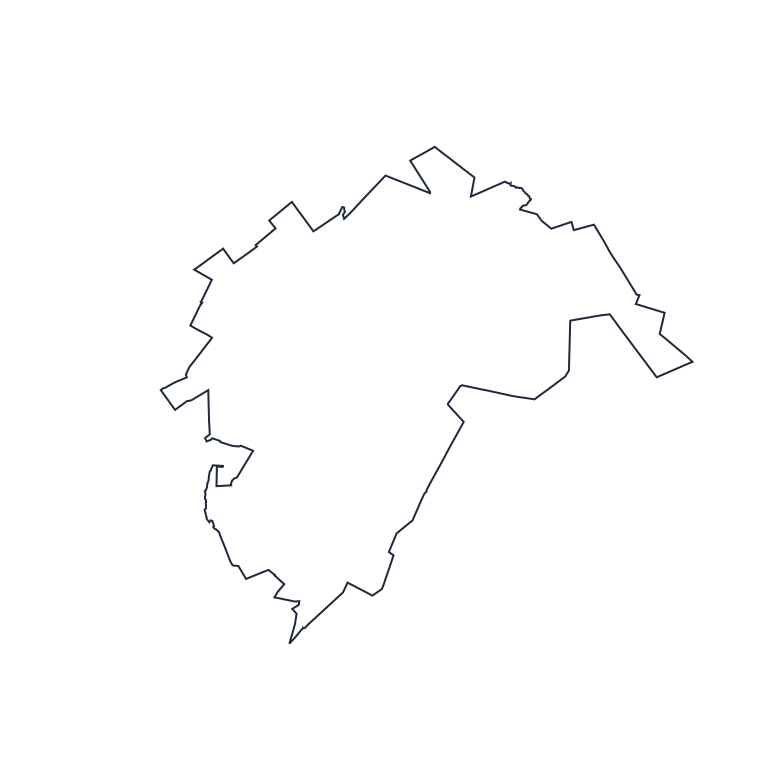 Carbó, Sonora, Mexico, rotated 131°
{"feature_id": "50627088B75873574632093", "entity_name": "Carbó", "entity_type": "district", "adm_level": 2, "iso_a3": "MEX", "parent_name": "Mexico", "parent_adm1": "Sonora", "projection": "mercator", "projection_center": [-111.077, 29.739], "detail": "fine", "context": "isolated", "style": "outline", "palette": "slate", "viewbox_px": 768, "rotation_deg": 131, "n_neighbors": 0, "source": "geoboundaries", "source_scale": "gbopen_adm2", "svg_char_len": 5734}
<svg xmlns="http://www.w3.org/2000/svg" viewBox="0 0 768 768"><g transform="rotate(131 384 384)"><path d="M642.0,285.1L632.8,284.8L623.0,285.1L622.6,285.0L622.0,284.9L621.7,284.9L621.3,285.1L621.4,284.6L621.2,284.4L620.9,284.3L620.5,284.3L620.3,284.2L620.2,284.0L620.0,283.8L619.8,283.6L615.4,283.5L568.2,278.2L564.3,279.3L557.8,281.2L557.1,278.2L556.9,277.2L556.8,276.9L556.1,274.5L556.1,274.3L554.9,268.9L552.9,260.7L551.3,253.9L540.3,251.1L537.4,252.0L533.8,253.4L529.3,255.3L519.6,259.2L507.1,264.4L507.6,270.1L488.3,276.5L477.6,274.6L470.7,273.4L468.4,272.9L446.9,279.7L441.3,281.3L441.1,281.4L440.2,281.5L438.2,281.6L437.9,281.6L437.6,281.3L435.2,282.5L429.4,283.9L421.1,285.7L416.8,286.6L412.6,287.5L406.1,288.9L400.8,290.1L392.3,292.1L385.5,293.6L382.9,294.2L377.0,295.4L369.1,297.1L360.3,299.0L358.0,319.1L357.7,321.4L357.7,321.9L357.4,322.5L357.2,322.7L356.7,322.8L356.4,322.9L355.9,322.9L354.5,323.1L351.4,323.4L345.2,324.0L336.8,324.9L335.4,325.1L334.7,324.7L333.8,324.3L323.3,305.5L321.6,302.6L320.6,300.8L319.5,298.8L319.4,298.6L315.8,292.0L309.9,281.2L308.3,278.4L305.1,273.2L302.7,269.6L296.8,260.3L293.5,259.6L278.3,256.2L259.4,252.1L257.8,252.4L252.4,253.3L246.8,258.0L225.9,275.2L214.0,285.0L203.3,276.3L199.1,272.8L196.3,270.7L188.7,264.3L187.6,263.3L183.3,259.3L188.3,237.1L189.8,229.8L194.4,208.7L197.0,196.5L198.1,191.5L199.1,186.8L199.3,186.0L200.0,182.5L196.9,181.1L171.4,168.9L164.9,165.7L164.6,174.5L164.9,190.2L165.0,197.8L165.3,208.8L157.3,213.0L146.2,218.9L158.4,246.4L149.3,249.5L150.8,251.9L141.2,282.2L138.5,292.5L136.5,299.5L132.6,309.9L127.0,327.0L126.0,330.1L143.3,341.7L138.7,348.9L157.0,359.6L157.4,372.1L156.2,377.2L155.9,378.4L155.6,380.1L163.1,395.8L162.7,396.0L162.1,396.3L161.6,396.3L161.2,396.1L160.6,396.2L160.1,396.1L159.5,396.2L159.1,396.1L158.5,396.2L158.1,396.1L157.8,395.7L157.4,395.2L156.9,394.9L156.4,394.6L155.5,394.1L154.8,394.0L153.9,394.0L153.0,394.1L152.6,394.2L152.1,394.3L151.7,394.4L151.0,394.4L150.0,394.2L149.1,394.0L148.1,394.4L148.4,394.8L148.4,395.0L148.4,395.3L148.4,395.5L148.1,396.0L147.7,396.6L147.5,397.1L147.4,397.3L147.2,397.4L147.1,397.5L147.1,397.8L147.4,398.7L147.4,398.9L147.1,399.5L146.9,400.0L146.9,400.6L147.0,401.0L147.2,402.0L147.1,402.8L146.9,403.8L146.8,404.3L146.9,405.0L146.8,405.4L146.5,406.0L146.3,406.5L146.2,407.0L146.0,408.0L146.1,408.4L146.1,409.3L146.4,409.7L146.9,410.1L147.1,410.1L147.3,410.2L147.5,410.6L147.5,411.0L148.4,412.8L149.0,413.0L149.3,413.4L149.2,413.5L149.0,413.8L149.1,415.4L149.3,415.6L149.6,415.9L149.6,416.2L149.9,416.5L150.1,416.9L150.3,417.4L150.5,417.6L150.8,418.0L151.1,418.4L151.1,418.6L150.9,418.9L150.6,419.1L150.3,419.5L150.2,419.6L149.9,419.8L150.1,419.8L150.4,420.1L150.5,420.2L150.5,420.7L150.5,421.1L150.9,421.8L151.2,422.4L151.5,423.3L151.7,424.0L151.7,424.3L151.8,425.1L152.0,425.6L153.7,426.4L155.4,427.1L158.7,428.7L167.8,433.0L169.8,434.0L170.0,434.0L185.5,441.4L179.1,445.1L175.3,447.4L171.3,449.7L168.8,451.2L169.6,463.2L170.7,483.3L171.2,490.4L171.8,501.3L173.2,501.8L185.9,506.3L186.3,506.5L198.2,510.8L208.8,475.3L209.4,474.7L209.8,474.3L209.8,473.5L210.1,475.4L211.5,479.3L225.7,519.6L255.0,520.9L277.7,521.7L285.5,522.5L283.3,525.9L279.6,526.5L278.7,528.1L277.6,529.3L277.2,529.6L277.1,529.8L277.1,530.1L277.2,530.5L277.4,530.8L277.9,531.6L278.5,531.4L279.3,531.2L280.8,530.8L281.7,530.5L282.6,530.3L283.0,530.2L283.3,530.2L283.5,530.2L283.9,530.2L284.7,529.7L285.3,529.5L285.4,529.4L285.6,529.4L286.0,529.6L315.1,537.4L311.5,553.1L309.4,562.7L307.0,573.0L320.2,575.2L322.7,575.6L330.8,577.0L333.7,577.5L335.9,577.9L337.7,567.9L363.4,572.0L363.6,570.0L367.9,571.0L370.9,571.7L372.0,571.9L391.5,576.6L390.2,582.5L390.1,582.9L389.8,584.1L387.4,594.3L389.0,594.6L403.8,598.0L407.7,598.9L409.3,599.2L419.6,601.6L422.2,602.3L418.3,582.3L441.5,576.1L442.1,576.2L441.9,574.5L443.0,574.4L443.0,574.8L443.5,574.9L443.6,574.7L445.5,574.3L450.3,573.0L454.3,571.9L466.9,568.5L465.9,563.0L464.2,555.6L463.6,553.2L462.8,550.1L462.1,545.6L461.9,544.2L466.3,543.8L468.8,543.7L470.4,543.6L478.1,543.2L479.4,543.0L487.9,542.6L492.9,542.3L499.3,542.0L499.5,541.9L500.0,541.7L503.4,540.8L504.6,540.3L506.9,539.7L508.3,537.1L512.5,539.2L514.5,540.1L517.9,541.9L519.9,542.8L523.9,544.4L527.3,545.6L530.3,546.6L532.2,547.9L535.0,548.5L539.1,531.2L540.6,524.7L526.3,521.5L522.7,518.7L503.9,512.6L526.9,491.6L536.2,482.5L541.8,483.5L542.2,483.6L543.7,480.2L541.3,478.9L540.1,478.1L537.6,478.0L534.6,470.5L535.2,469.4L530.7,459.0L530.0,457.7L528.8,455.8L525.9,452.1L524.5,451.6L520.3,439.0L550.9,433.7L553.5,435.0L556.6,435.3L559.8,434.0L560.7,432.8L571.0,443.4L555.9,456.0L552.5,451.4L552.1,451.4L551.5,451.8L556.3,458.0L557.7,459.9L562.9,458.0L564.2,458.2L569.7,454.8L571.5,453.3L573.9,452.4L575.7,451.6L576.2,451.4L577.6,450.1L579.7,449.3L580.3,449.1L580.4,448.9L580.5,448.9L580.8,448.9L581.2,448.8L581.4,448.8L582.0,449.0L582.3,449.0L582.6,448.8L582.6,448.5L583.0,448.1L583.3,447.3L583.6,447.0L584.0,446.8L584.2,446.7L584.5,446.6L584.6,446.4L584.7,446.1L585.8,445.4L587.5,444.5L587.7,444.3L588.2,443.4L588.4,442.2L589.2,441.8L589.4,441.3L589.6,441.0L589.8,440.7L590.2,440.7L590.6,440.6L594.4,436.8L596.8,436.8L597.8,435.2L598.1,434.6L598.2,434.2L598.4,433.9L598.8,433.7L599.2,433.2L599.8,432.2L600.2,431.7L600.6,431.2L600.9,430.7L601.1,430.1L601.5,429.9L601.8,429.7L602.1,429.4L602.9,425.1L600.6,425.3L600.0,423.6L602.6,419.1L603.9,419.2L604.4,416.9L603.9,415.1L604.1,411.1L604.9,410.0L606.1,407.8L610.4,399.3L617.4,386.0L618.7,383.6L620.2,379.2L616.9,374.5L621.6,360.2L605.2,351.9L600.1,349.2L599.7,340.9L600.3,340.9L600.5,328.0L611.0,327.8L612.4,327.5L616.9,326.7L606.7,308.6L603.5,305.5L606.5,303.4L613.9,305.7L614.8,299.2L623.4,293.8L632.8,289.3L642.0,285.1Z" fill="none" stroke="#1e293b" stroke-width="2"/></g></svg>